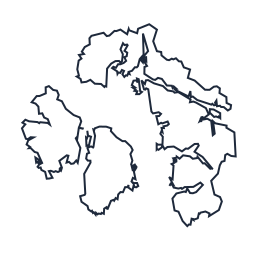 Hadsel nor, Nordland, Norway (Mercator projection), rotated 266°
{"feature_id": "86288312B40270143357623", "entity_name": "Hadsel nor", "entity_type": "district", "adm_level": 2, "iso_a3": "NOR", "parent_name": "Norway", "parent_adm1": "Nordland", "projection": "mercator", "projection_center": [15.018, 68.501], "detail": "fine", "context": "isolated", "style": "outline", "palette": "slate", "viewbox_px": 256, "rotation_deg": 266, "n_neighbors": 0, "source": "geoboundaries", "source_scale": "gbopen_adm2", "svg_char_len": 5853}
<svg xmlns="http://www.w3.org/2000/svg" viewBox="0 0 256 256"><g transform="rotate(266 128 128)"><path d="M92.1,233.4L116.2,233.8L121.4,226.2L123.5,226.5L126.6,215.4L128.8,213.3L116.3,214.1L114.9,212.1L129.3,211.5L131.7,207.8L131.1,202.9L131.7,201.7L128.8,201.5L130.4,201.4L129.7,200.0L133.6,202.0L133.8,204.0L132.8,202.3L132.3,204.0L135.9,209.5L142.4,207.1L148.7,197.5L149.8,195.0L149.4,191.6L152.1,192.4L160.3,180.6L160.0,176.9L161.3,175.9L162.7,170.2L167.4,165.8L170.7,157.1L174.4,151.4L174.3,149.2L170.7,147.9L174.6,144.7L165.4,146.7L165.1,147.9L166.3,148.9L165.2,150.9L142.8,152.5L140.8,154.0L141.6,159.7L139.8,161.9L137.8,159.9L137.8,157.1L129.6,158.5L130.9,161.4L130.2,162.5L131.7,168.0L129.1,169.0L127.7,167.3L127.2,163.5L125.4,163.8L125.7,161.5L121.4,162.1L122.4,161.1L120.0,159.9L116.9,162.1L109.0,161.2L109.3,156.8L110.3,155.5L104.4,155.1L104.9,155.7L104.1,156.9L106.2,160.2L108.5,161.1L104.3,163.0L106.3,166.0L106.3,172.4L100.9,180.2L103.5,184.2L103.1,186.5L107.4,193.3L107.3,196.7L105.5,197.3L99.7,192.7L93.9,200.4L81.0,209.7L82.1,208.2L81.6,207.2L87.5,202.0L87.4,200.3L94.5,195.3L93.2,194.9L92.8,190.5L95.4,187.8L96.9,181.1L93.8,177.3L96.1,174.6L95.0,174.5L94.6,171.0L91.3,173.1L93.6,174.0L91.2,173.9L90.9,173.0L91.8,171.3L89.9,171.4L89.0,169.0L87.3,170.8L73.7,168.9L76.2,165.6L68.3,169.2L69.6,166.7L67.4,165.3L68.5,166.2L68.4,168.3L65.4,169.4L64.1,174.0L64.5,176.8L63.5,177.6L65.1,180.4L64.7,189.1L68.5,196.4L66.0,198.7L59.3,191.5L58.4,188.2L58.8,185.4L63.6,182.9L60.1,181.2L60.7,179.7L59.3,171.7L54.5,167.4L42.5,168.7L41.0,172.5L31.4,176.0L26.0,180.3L27.5,182.0L27.2,183.6L32.9,185.1L32.0,186.4L32.8,186.1L32.2,188.2L33.1,191.3L37.8,192.7L37.4,193.5L38.5,194.4L39.3,199.4L37.1,203.3L34.4,202.7L39.8,212.9L48.2,216.5L52.7,215.0L55.6,209.6L69.5,207.3L76.2,214.5L84.4,217.0L87.8,219.1L88.4,222.0L94.2,223.1L95.3,225.3L92.9,229.0L92.1,233.4ZM163.4,219.5L163.2,216.5L160.4,212.1L160.8,207.5L170.7,197.8L173.8,191.2L182.0,194.0L184.6,187.9L190.6,185.8L191.0,183.4L194.2,180.7L193.3,178.0L194.1,176.5L192.8,173.7L193.4,171.5L198.1,166.5L201.5,166.4L202.6,162.2L212.8,159.2L224.1,163.7L230.0,156.4L226.3,145.0L221.9,143.7L225.4,136.0L226.8,135.6L221.6,133.7L226.7,127.3L225.5,123.1L225.8,121.3L221.5,115.9L221.2,113.2L224.7,110.3L222.5,98.0L220.2,95.8L214.1,95.7L211.8,90.5L207.4,87.3L204.9,89.2L204.3,84.2L200.5,86.4L198.7,83.5L190.1,81.5L183.6,82.7L182.9,80.5L180.3,84.1L176.7,84.8L177.0,89.7L178.7,93.8L174.5,98.0L173.8,104.2L170.6,107.3L171.4,108.0L170.9,109.2L188.7,111.3L193.4,115.7L195.6,120.1L195.5,123.7L193.9,124.9L195.1,126.7L202.0,128.0L207.0,126.0L212.9,128.9L211.0,130.3L211.3,132.9L210.5,133.4L205.2,129.9L203.2,132.5L199.7,131.7L198.9,129.3L195.1,130.8L193.2,128.2L192.1,124.8L192.3,122.6L188.9,120.1L190.1,117.7L188.9,116.3L185.3,121.1L182.7,121.3L184.1,122.3L183.5,124.1L186.3,126.0L185.2,128.0L182.0,126.2L179.2,127.9L180.7,129.6L180.3,130.9L182.4,131.9L181.7,133.3L183.9,132.6L184.8,136.0L188.1,139.1L187.9,141.0L189.0,142.2L195.9,144.5L200.1,148.7L221.2,149.5L203.3,153.4L195.0,145.4L192.3,147.4L197.4,148.4L197.4,151.0L193.4,150.9L195.4,149.2L194.4,148.1L188.6,151.3L187.7,148.7L180.9,148.1L174.7,156.3L174.1,158.5L175.9,161.4L174.6,165.2L167.7,169.7L167.1,174.7L164.9,175.3L166.3,176.5L163.7,179.1L163.5,177.2L162.6,178.0L155.2,190.6L160.5,192.8L154.4,192.9L154.9,194.8L151.1,199.0L145.5,212.8L146.3,213.8L144.6,215.4L144.9,217.4L147.2,216.6L149.2,218.1L143.5,218.3L143.8,221.3L142.5,222.3L142.2,225.0L138.5,228.8L140.0,231.6L143.7,232.4L146.1,228.1L152.0,228.3L156.5,221.7L161.1,222.4L163.4,219.5ZM63.3,75.5L57.6,76.5L53.0,82.2L49.5,82.8L47.3,85.5L47.9,86.3L45.7,87.1L46.3,88.0L43.7,89.7L45.6,90.2L44.0,91.6L44.7,92.7L44.1,95.0L45.2,95.8L44.1,97.9L49.2,98.6L50.5,101.0L49.1,101.3L48.8,102.1L56.5,105.9L57.3,108.4L56.4,109.1L59.0,110.8L57.7,112.6L62.4,113.6L64.6,116.0L64.3,118.5L69.2,121.0L69.0,123.4L71.1,124.6L68.6,124.2L65.3,128.1L71.0,129.8L68.6,130.4L68.3,132.3L69.4,133.7L68.6,134.4L72.5,133.2L72.7,129.1L74.4,127.8L77.9,129.4L76.4,131.9L84.6,130.8L85.0,131.5L88.1,133.7L85.9,129.7L89.4,129.1L88.5,131.1L89.8,132.2L88.7,132.3L88.9,133.5L91.0,132.2L89.6,129.5L91.5,128.6L95.2,130.1L101.8,128.6L105.7,131.1L109.3,129.6L115.1,124.3L115.3,121.5L119.6,115.9L126.1,110.7L128.8,111.3L130.8,106.5L131.4,99.6L130.0,94.9L128.5,94.2L128.9,93.4L122.5,94.6L111.5,92.2L111.0,91.8L112.2,89.9L111.4,86.6L111.0,86.1L105.9,87.5L105.2,85.3L100.4,84.1L98.3,85.6L98.0,88.2L96.1,88.2L85.3,81.1L65.4,80.8L64.3,80.1L63.3,75.5ZM140.7,23.1L138.8,25.8L135.1,22.2L124.4,25.4L123.8,27.3L125.6,30.2L125.2,33.2L122.6,27.6L118.6,25.7L115.9,29.0L114.8,27.8L114.8,29.5L110.6,33.2L109.6,36.0L99.1,39.9L98.3,38.1L101.6,38.0L105.0,33.6L99.9,34.0L100.6,34.9L99.4,35.9L100.4,36.2L98.8,37.7L95.6,35.1L94.4,36.2L94.7,38.1L92.2,38.7L90.0,42.3L83.1,43.4L83.1,45.9L83.6,49.2L90.5,46.1L90.7,48.0L89.3,51.0L90.0,52.8L89.0,55.0L89.7,56.9L92.3,57.1L93.1,58.1L91.2,58.6L93.0,59.3L100.0,57.2L105.0,65.0L104.5,66.6L97.8,64.3L98.3,66.8L96.2,68.7L96.4,71.3L99.2,74.1L96.8,75.4L111.4,79.1L121.4,75.2L121.9,75.7L120.4,76.5L131.7,79.0L130.5,82.7L130.7,82.8L131.7,79.1L137.9,81.8L141.9,80.6L144.7,74.7L151.5,67.3L159.3,63.9L161.5,59.4L165.8,61.2L170.2,59.7L171.2,56.0L175.3,52.0L174.3,48.7L168.3,48.4L166.1,42.0L166.2,39.1L160.4,33.7L158.8,37.5L155.6,40.1L148.4,40.2L148.6,43.5L144.3,45.1L142.4,48.6L136.9,50.2L138.6,48.3L139.9,40.8L139.0,39.8L140.2,38.2L141.6,29.7L143.4,26.2L140.7,23.1ZM170.5,134.8L168.0,137.8L167.9,135.6L165.7,138.2L164.6,137.1L164.0,139.8L161.2,138.6L161.0,141.7L163.0,144.4L164.0,142.7L175.9,142.1L176.7,140.4L172.6,140.8L174.9,139.7L174.8,136.8L170.5,134.8ZM137.6,210.6L133.0,214.7L133.4,216.6L132.3,218.8L133.0,219.2L131.4,220.7L136.4,221.0L140.5,214.7L141.1,211.0L137.6,210.6ZM121.4,85.5L113.1,85.3L113.6,87.1L112.7,87.6L121.9,90.5L123.1,87.6L128.1,87.2L122.9,87.4L120.5,86.3L121.4,85.5Z" fill="none" stroke="#1e293b" stroke-width="2"/></g></svg>